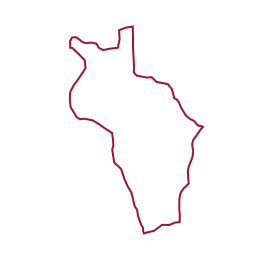 the district of Kilju, Hamgyŏng-bukto, North Korea, rotated 191°
{"feature_id": "82179303B12447049329197", "entity_name": "Kilju", "entity_type": "district", "adm_level": 2, "iso_a3": "PRK", "parent_name": "North Korea", "parent_adm1": "Hamgyŏng-bukto", "projection": "equal_earth", "projection_center": [129.165, 41.006], "detail": "fine", "context": "isolated", "style": "outline", "palette": "rose", "viewbox_px": 256, "rotation_deg": 191, "n_neighbors": 0, "source": "geoboundaries", "source_scale": "gbopen_adm2", "svg_char_len": 1351}
<svg xmlns="http://www.w3.org/2000/svg" viewBox="0 0 256 256"><g transform="rotate(191 128 128)"><path d="M200.1,195.7L198.1,196.0L190.1,191.0L183.3,186.1L181.1,178.6L185.7,167.4L189.3,159.9L191.6,152.4L190.6,145.0L188.3,137.5L184.9,133.8L180.4,128.8L177.0,127.5L172.4,128.8L164.4,128.8L157.5,126.3L151.8,123.8L146.1,121.4L142.7,120.1L140.2,112.8L139.1,108.0L139.4,103.9L135.0,91.5L127.0,86.5L121.4,76.6L116.9,70.4L112.4,65.4L109.0,58.0L106.8,53.0L103.4,49.3L101.2,43.1L96.7,35.6L94.4,33.1L93.3,29.4L92.2,27.5L88.8,29.4L83.0,31.9L78.4,36.9L76.1,39.4L69.2,40.6L63.4,44.3L59.4,45.4L60.4,51.9L61.9,57.0L64.0,67.4L64.1,73.3L63.5,75.8L61.5,80.1L59.4,82.5L57.8,85.2L59.3,90.1L61.0,96.8L61.0,101.7L59.3,110.9L59.2,113.2L59.6,117.8L61.4,122.5L61.9,125.0L61.8,127.6L61.3,129.6L59.8,132.7L56.8,139.6L55.4,142.0L54.6,143.2L55.4,143.8L60.0,143.8L64.5,147.6L69.1,148.8L73.6,151.3L79.3,157.5L82.7,162.5L84.9,165.0L88.4,166.2L90.6,171.2L92.8,174.9L97.4,178.7L102.0,178.7L108.8,178.7L114.5,182.4L119.1,181.1L123.7,181.1L129.4,181.1L132.9,183.6L133.9,189.8L136.1,198.6L138.3,207.3L140.5,218.5L142.7,228.5L149.6,226.0L155.4,222.2L153.2,213.5L153.3,204.8L161.3,202.3L167.1,199.8L171.7,201.0L175.1,204.8L180.8,204.8L184.2,203.5L188.8,203.5L193.4,206.0L196.8,207.2L200.3,206.0L201.4,202.2L200.3,197.3L200.1,195.7Z" fill="none" stroke="#9f1239" stroke-width="2"/></g></svg>